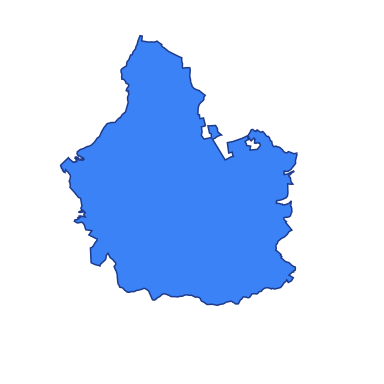 Sanpaul, Cluj, Romania (Mercator projection), rotated 297°
{"feature_id": "2599482B48452266583717", "entity_name": "Sanpaul", "entity_type": "district", "adm_level": 2, "iso_a3": "ROU", "parent_name": "Romania", "parent_adm1": "Cluj", "projection": "mercator", "projection_center": [23.418, 46.899], "detail": "fine", "context": "isolated", "style": "filled", "palette": "blue", "viewbox_px": 384, "rotation_deg": 297, "n_neighbors": 0, "source": "geoboundaries", "source_scale": "gbopen_adm2", "svg_char_len": 5965}
<svg xmlns="http://www.w3.org/2000/svg" viewBox="0 0 384 384"><g transform="rotate(297 192 192)"><path d="M228.7,284.4L225.8,283.5L223.1,280.9L221.8,279.0L222.2,277.8L221.6,276.9L221.4,274.8L220.2,272.3L222.1,271.8L222.1,271.4L222.8,271.5L223.4,272.0L224.0,273.4L226.5,276.0L229.5,278.4L231.6,278.9L234.7,277.9L242.7,273.5L243.9,276.9L244.8,278.3L246.2,275.4L249.1,273.4L249.6,272.9L249.7,271.6L250.6,270.7L251.1,270.7L251.9,271.6L254.3,272.2L256.4,273.5L256.8,272.9L251.1,268.7L249.4,266.1L252.3,264.6L252.7,264.9L252.8,266.3L254.1,268.2L257.0,269.9L264.1,271.3L265.1,271.1L266.4,270.1L273.0,268.5L273.4,267.9L274.2,267.7L272.4,265.4L271.8,259.7L269.9,258.6L269.6,258.2L269.5,256.0L269.7,255.0L270.6,253.7L271.5,250.3L271.5,248.7L270.8,247.8L270.9,247.0L271.2,246.6L270.5,245.3L269.6,244.5L269.8,243.3L271.4,241.4L273.4,240.0L273.3,238.4L275.3,236.6L276.0,235.3L276.2,234.7L275.6,233.9L275.6,233.1L277.3,229.7L278.0,227.5L276.4,226.2L276.9,221.8L275.1,221.6L275.2,220.8L274.7,220.7L275.3,217.6L274.4,216.6L272.6,216.5L272.3,216.8L267.7,216.2L266.3,217.9L264.4,221.5L268.1,222.7L267.4,224.4L267.1,224.1L264.0,225.5L264.4,227.0L265.7,227.8L265.8,229.4L266.3,229.7L266.1,230.2L264.6,231.8L259.6,230.8L255.7,224.6L259.5,223.4L258.2,219.7L259.6,218.5L261.0,216.4L263.5,217.7L264.4,218.7L265.9,216.9L267.3,215.9L262.7,212.4L255.6,205.6L252.0,201.1L243.4,207.0L245.8,209.8L243.7,211.3L242.5,212.7L241.1,210.9L235.6,207.0L248.3,186.4L250.7,188.3L252.2,188.8L255.3,191.2L256.2,192.4L257.3,187.6L260.1,185.8L262.0,182.8L258.1,176.2L252.4,180.9L252.7,182.6L249.1,184.7L248.6,183.7L244.9,179.0L244.9,178.0L246.8,174.5L249.9,173.8L254.4,170.8L256.4,173.4L257.4,173.7L263.2,168.6L261.0,165.9L262.3,164.7L264.2,163.6L263.7,162.1L269.7,159.3L273.2,158.7L275.6,159.2L278.2,160.3L280.2,160.5L281.5,159.5L284.1,159.9L285.4,153.1L285.7,152.6L285.2,149.8L285.2,146.8L286.2,144.1L287.4,143.2L289.5,140.7L291.0,140.0L294.3,137.3L299.6,135.2L301.8,133.6L299.9,130.0L298.1,127.7L299.0,126.7L302.1,125.2L303.9,123.4L307.0,121.9L306.7,119.5L306.6,107.4L307.8,102.1L307.8,100.6L308.5,98.3L309.7,98.1L310.1,94.2L310.6,92.4L308.5,90.5L307.3,87.6L305.8,85.2L303.8,78.6L308.3,76.9L307.7,74.7L302.1,75.3L298.5,76.1L295.9,76.1L294.0,76.7L290.4,75.9L287.2,76.4L286.2,75.1L281.1,75.7L278.6,75.0L274.5,76.3L271.5,74.4L269.6,73.5L268.3,73.4L266.4,74.6L265.0,76.2L262.8,77.0L260.7,78.2L261.4,79.8L260.7,81.9L259.9,83.0L258.9,83.9L259.2,85.6L258.7,87.0L257.5,87.5L254.8,87.0L252.5,87.3L252.3,87.8L253.2,89.6L251.8,89.9L250.8,91.2L246.9,91.6L246.0,92.4L245.4,92.4L242.9,94.5L233.2,96.4L229.4,94.7L225.6,94.4L225.6,94.0L224.3,93.2L219.0,91.8L216.9,87.9L215.9,87.3L215.1,86.0L214.2,85.3L209.0,84.3L204.5,84.1L199.4,84.4L197.1,83.1L191.9,82.4L187.9,80.9L186.3,79.7L184.7,77.8L181.0,75.2L179.2,73.2L175.8,71.6L174.0,72.1L172.9,73.5L173.1,75.9L172.7,77.1L173.0,78.4L172.8,80.4L172.2,80.8L170.8,80.4L170.4,79.7L171.4,79.5L171.3,78.5L170.8,77.9L169.8,78.0L169.4,77.2L169.3,75.9L170.4,76.0L170.1,75.3L170.2,74.7L170.6,74.7L170.3,74.3L170.8,74.3L170.2,73.7L170.3,73.2L170.8,73.0L170.7,72.7L170.1,72.2L168.9,72.5L169.0,73.3L169.8,73.8L169.8,74.1L169.1,73.8L168.4,74.3L168.1,74.1L168.0,74.4L167.5,74.6L167.6,75.0L167.3,75.4L166.7,74.9L166.8,75.8L165.6,73.8L165.4,73.9L164.6,73.0L164.9,72.7L164.7,72.4L165.7,68.0L166.5,66.3L156.3,62.8L155.1,63.6L155.0,64.5L154.4,64.5L153.9,64.9L153.8,65.6L153.2,66.3L153.4,66.7L152.3,67.0L152.4,67.6L151.6,68.6L151.8,70.0L152.2,69.6L154.5,69.4L153.8,70.6L153.6,72.1L151.7,75.9L150.8,76.6L148.1,77.5L145.7,77.7L144.8,79.3L144.1,79.4L143.0,80.4L140.7,81.2L137.7,88.9L137.3,89.3L137.4,89.6L135.7,93.1L135.8,95.3L135.5,95.8L129.4,100.4L127.1,100.3L126.0,101.8L126.2,103.2L125.5,102.9L124.2,101.1L123.0,100.3L122.6,100.4L122.9,101.7L125.7,105.2L125.1,106.3L124.0,105.7L122.6,105.9L121.3,108.2L120.0,103.3L119.3,102.3L118.6,102.7L118.7,103.9L117.3,103.1L117.9,102.6L117.3,101.9L116.3,103.0L114.9,101.7L114.2,100.4L112.6,100.4L112.3,103.3L112.7,104.5L114.7,107.0L115.1,108.2L113.8,111.0L110.1,114.5L112.1,120.3L106.9,119.6L107.0,128.9L105.9,129.4L103.2,128.7L99.4,128.6L97.2,128.0L96.0,126.9L83.2,134.2L83.3,138.6L84.2,142.2L84.3,143.6L85.8,143.2L92.0,145.5L93.8,145.5L96.4,144.4L99.3,145.0L96.4,148.9L95.7,152.5L94.8,154.1L94.5,155.4L93.8,156.5L92.8,157.0L90.3,156.4L88.2,158.7L87.2,160.3L84.0,163.3L83.0,163.6L77.7,167.0L76.2,168.3L75.4,170.0L74.4,170.7L75.1,173.7L74.0,176.5L73.4,179.8L73.6,180.5L74.3,181.8L75.6,183.0L76.8,185.5L79.2,187.4L81.0,189.8L83.2,192.0L84.1,192.6L84.6,193.6L84.6,195.6L84.1,198.4L78.0,205.7L78.6,207.5L79.8,208.5L81.7,209.0L84.5,210.9L86.7,211.6L88.4,213.0L88.9,213.8L89.5,218.4L89.3,220.5L89.7,221.8L91.4,225.1L91.7,226.4L93.8,229.0L94.8,230.8L96.7,232.2L97.9,233.8L98.9,237.0L99.8,238.2L99.8,242.6L100.9,244.6L101.2,246.3L100.8,247.9L99.6,249.1L99.1,250.1L99.2,252.4L98.6,256.5L101.2,261.1L102.6,266.2L103.5,266.8L104.2,267.8L105.0,268.5L106.5,270.7L109.6,272.7L111.1,274.8L112.2,275.8L112.6,277.2L112.3,278.8L112.4,280.4L112.1,281.2L112.2,282.1L113.5,284.1L117.7,284.1L119.0,284.8L121.7,285.3L122.7,287.3L123.2,289.9L124.0,290.9L125.1,291.4L128.1,291.6L129.5,293.2L130.4,295.7L131.1,296.5L133.5,297.1L135.2,299.0L136.7,299.0L139.3,300.4L140.7,302.1L141.6,304.6L141.6,306.7L142.8,307.7L143.1,309.8L147.1,314.3L149.8,315.0L152.5,315.2L155.6,316.4L156.7,316.3L156.4,317.3L155.8,317.6L155.1,318.9L157.9,320.9L161.6,321.2L162.0,316.1L165.9,317.7L167.0,318.9L167.7,318.2L168.9,319.4L170.8,318.9L172.1,317.9L171.8,316.4L171.9,314.5L173.1,310.4L172.6,308.2L172.6,305.9L173.6,302.6L173.7,301.3L175.3,301.3L175.5,300.8L175.4,299.7L176.7,299.7L178.1,294.2L178.2,293.0L180.1,292.7L182.2,291.1L183.3,290.9L184.7,291.4L187.1,291.0L191.3,292.8L193.9,294.8L197.1,296.0L200.9,296.5L203.4,298.3L207.4,289.3L208.5,289.6L208.8,287.9L209.6,286.2L210.4,285.6L211.3,285.9L212.9,288.7L214.1,289.8L215.0,290.4L216.6,290.4L218.8,289.8L219.5,290.1L222.6,288.3L224.0,287.1L224.1,286.4L224.4,286.2L228.6,284.8L228.7,284.4Z" fill="#3b82f6" stroke="#1e3a8a" stroke-width="1.5"/></g></svg>